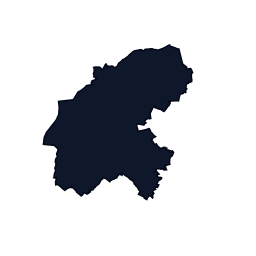 outline of Nnewi South, Anambra, Nigeria, rotated 136°
{"feature_id": "59680162B31350853830247", "entity_name": "Nnewi South", "entity_type": "district", "adm_level": 2, "iso_a3": "NGA", "parent_name": "Nigeria", "parent_adm1": "Anambra", "projection": "orthographic", "projection_center": [6.97, 5.966], "detail": "fine", "context": "isolated", "style": "filled", "palette": "ink", "viewbox_px": 256, "rotation_deg": 136, "n_neighbors": 0, "source": "geoboundaries", "source_scale": "gbopen_adm2", "svg_char_len": 5877}
<svg xmlns="http://www.w3.org/2000/svg" viewBox="0 0 256 256"><g transform="rotate(136 128 128)"><path d="M112.1,78.9L112.1,79.7L111.9,80.6L114.8,81.4L114.7,81.6L114.2,81.9L113.3,82.2L113.9,83.0L114.1,83.9L115.6,85.7L114.1,86.5L114.7,87.1L115.1,88.3L114.9,88.4L115.9,89.4L117.9,90.1L118.3,90.3L118.7,90.9L119.0,91.1L118.9,91.5L119.0,92.1L119.0,93.1L119.6,93.1L119.5,93.6L119.3,94.2L118.6,96.9L120.2,97.5L120.0,99.2L119.6,100.4L119.5,101.1L119.7,101.6L119.8,102.6L119.7,102.8L119.2,102.5L118.7,102.9L118.2,103.0L117.4,103.6L115.1,102.8L114.5,102.7L114.1,102.7L114.5,104.1L114.5,105.4L114.5,106.3L114.3,107.5L114.5,108.6L114.5,109.3L114.2,109.6L113.6,111.0L113.2,112.6L113.4,113.1L116.1,114.3L118.0,115.4L122.1,118.0L122.8,118.7L120.5,123.1L119.4,124.7L118.3,124.1L117.2,122.9L114.5,119.1L113.4,119.4L111.5,119.2L111.7,120.1L111.6,120.6L111.2,121.3L111.0,121.2L110.7,121.4L109.5,121.5L108.4,121.4L107.4,121.0L107.0,121.0L106.5,120.5L106.4,120.2L106.3,119.8L106.0,119.8L105.8,119.7L105.6,119.3L105.0,119.0L103.3,121.4L102.4,122.5L102.2,123.0L100.7,123.6L94.9,125.7L94.7,125.5L94.0,125.4L93.7,125.1L93.7,124.7L94.4,124.3L94.5,123.9L93.7,122.6L93.1,121.0L91.4,118.3L91.1,116.1L90.5,114.8L87.5,115.1L87.0,115.4L86.4,115.5L85.5,115.5L85.3,115.6L84.6,116.1L83.5,115.6L81.2,116.3L80.2,116.7L80.7,118.9L78.8,117.6L78.0,117.3L75.6,115.1L74.9,114.7L73.4,113.1L72.8,112.4L69.2,114.8L66.4,116.4L66.0,115.5L65.3,114.9L64.2,115.1L64.0,114.6L63.4,114.9L63.2,114.8L62.4,114.9L62.3,114.3L62.3,114.0L62.2,113.7L61.8,113.4L59.5,115.6L59.1,115.2L58.8,115.2L58.4,115.5L58.8,116.2L55.6,119.2L55.5,118.8L54.8,119.0L54.8,118.8L54.3,118.7L54.1,118.6L53.9,118.3L53.5,118.2L53.3,118.2L52.9,118.5L53.0,118.7L52.8,118.9L51.9,119.1L51.5,119.2L51.7,117.9L51.0,117.5L49.9,117.2L48.6,118.3L47.4,120.2L44.7,123.0L43.1,122.9L42.7,124.0L42.1,125.2L41.7,126.5L41.7,127.3L43.0,128.4L44.0,128.9L45.2,129.9L43.5,130.9L44.2,136.2L36.5,149.5L37.7,150.8L38.0,151.8L38.2,152.5L41.0,157.9L40.3,158.6L40.9,159.2L45.1,160.2L48.3,161.3L52.4,163.2L53.5,165.0L55.0,166.7L55.5,168.2L61.0,172.7L63.1,172.5L64.2,175.4L69.8,179.0L71.6,179.4L75.9,179.7L78.0,179.5L80.8,179.9L83.1,180.2L84.3,180.9L85.0,180.7L87.6,180.7L89.1,181.1L89.9,181.0L92.9,179.9L95.3,180.4L95.7,180.8L96.2,183.4L97.0,184.3L98.1,184.5L98.8,185.8L99.3,186.2L100.0,186.2L99.5,188.6L99.3,189.3L100.5,189.3L104.1,188.1L105.8,187.9L106.2,188.8L105.9,189.9L106.3,191.7L108.9,194.3L109.9,195.0L110.6,195.4L110.7,194.8L113.2,192.0L115.3,191.0L115.4,190.1L116.0,189.5L116.5,188.7L117.1,188.6L116.2,186.8L116.1,185.9L116.3,185.5L117.2,185.8L118.0,185.8L118.5,185.7L119.2,185.8L119.8,186.3L120.4,186.7L121.4,186.8L123.2,186.0L123.6,184.2L128.5,187.4L130.5,187.1L136.2,187.7L138.9,188.6L147.7,186.3L159.5,195.4L162.3,191.7L163.7,190.1L165.3,188.7L168.4,185.9L174.1,183.6L179.3,182.8L182.3,182.5L185.3,182.0L189.6,181.5L194.8,179.4L197.5,177.2L200.2,175.0L193.1,166.7L192.9,161.1L193.7,160.8L195.1,160.0L197.3,159.0L197.7,158.5L198.1,157.8L198.3,156.9L198.7,156.4L199.2,156.3L200.6,156.2L201.9,155.7L202.7,155.0L203.8,154.2L204.3,152.8L205.7,151.3L206.3,150.9L207.0,150.7L207.4,150.5L208.1,150.2L208.7,149.7L208.9,148.7L209.6,147.8L210.1,147.4L210.7,147.0L211.5,146.8L212.1,146.5L212.5,146.2L213.6,145.6L214.5,144.7L215.0,144.3L215.9,143.9L215.4,143.3L215.3,143.1L215.4,142.9L215.0,142.2L214.6,141.6L215.0,141.1L215.7,140.6L217.0,140.0L217.9,139.2L218.5,138.6L218.5,138.2L219.3,137.6L219.5,137.2L218.7,137.0L218.1,136.7L218.1,136.3L217.8,135.8L217.4,133.7L217.3,131.8L217.1,130.3L217.1,129.4L216.9,127.7L216.7,126.9L215.8,127.0L213.7,126.6L212.0,126.0L211.2,125.6L210.5,125.0L209.7,124.0L209.3,124.5L209.1,121.7L209.1,119.7L209.2,118.1L209.4,117.6L209.5,117.5L209.3,115.4L208.9,112.8L208.9,111.7L207.2,111.4L206.3,111.7L205.3,111.8L204.5,112.2L203.6,109.5L203.4,109.1L202.9,108.6L202.6,108.7L202.6,108.9L202.2,109.0L201.6,108.4L201.1,108.9L200.0,108.3L199.3,108.2L199.2,108.6L199.3,109.5L197.6,108.9L196.7,108.3L196.4,108.2L196.3,107.9L195.6,107.9L194.5,108.3L194.0,109.1L193.3,108.2L193.0,108.2L191.6,108.4L191.4,108.3L190.5,108.4L189.6,108.2L188.8,108.2L188.4,108.0L187.0,108.1L186.1,108.5L185.2,108.7L184.0,109.3L182.1,109.0L181.2,109.2L180.5,109.1L180.3,109.3L179.2,107.5L178.4,102.0L177.1,102.3L175.9,101.9L175.2,101.9L174.6,101.5L173.7,101.0L173.0,100.9L172.7,100.8L171.4,100.3L170.4,100.0L169.4,100.7L168.4,101.0L168.1,100.6L167.8,100.9L167.6,101.2L167.4,101.3L166.6,100.6L166.1,100.0L165.3,98.8L165.1,98.2L164.3,98.9L163.8,99.5L163.2,97.8L163.1,95.7L162.6,94.6L162.4,93.3L161.6,91.2L162.3,90.8L161.9,88.8L161.3,86.7L161.4,85.5L161.6,85.4L161.6,85.0L161.5,84.8L161.5,84.6L161.8,83.4L162.4,83.5L162.2,82.6L162.0,81.6L162.2,81.2L162.6,81.1L162.5,80.7L162.6,80.0L162.4,79.6L162.3,79.0L162.6,78.2L162.8,77.4L163.2,76.6L163.4,75.4L162.7,73.4L163.5,73.6L164.6,73.7L166.6,73.0L165.7,71.2L165.1,68.8L164.4,67.7L164.4,67.2L164.7,66.9L164.9,66.7L165.0,66.1L164.2,63.5L162.4,64.4L161.2,64.3L159.4,64.7L159.4,64.1L158.9,62.5L159.0,60.6L158.7,60.6L158.4,60.7L157.6,62.1L156.3,62.6L156.1,63.5L154.8,63.1L154.6,64.1L154.6,64.6L154.8,65.0L154.5,65.3L153.9,65.4L153.2,65.3L152.2,65.4L151.6,65.0L151.1,64.8L151.3,65.5L150.1,65.9L149.9,66.0L149.4,66.2L148.7,65.5L148.0,64.8L147.7,65.0L146.9,65.2L145.9,65.5L145.4,65.8L145.6,66.0L146.0,67.2L146.0,68.1L145.1,68.2L144.0,68.6L142.9,68.8L141.5,68.7L140.2,68.3L139.8,68.3L138.8,68.4L138.4,68.9L138.6,69.4L139.5,70.6L140.2,70.9L140.4,71.2L140.5,71.7L140.5,72.2L140.3,72.8L140.5,73.5L140.1,73.7L139.7,73.7L139.0,74.0L138.8,74.0L138.0,73.3L137.7,73.2L137.6,78.2L135.4,78.4L134.8,78.6L134.4,77.5L133.4,76.6L133.4,76.3L133.0,75.5L132.8,75.4L132.6,75.6L131.9,75.0L131.9,74.8L131.5,74.5L131.5,74.3L130.8,73.4L131.3,72.9L130.9,72.6L130.5,72.2L129.3,71.2L129.0,72.2L128.5,72.8L127.6,75.2L123.1,72.8L121.8,74.8L120.4,75.7L119.1,77.0L118.3,77.4L117.3,77.5L115.9,77.3L114.4,77.7L112.1,78.9Z" fill="#0f172a" stroke="#020617" stroke-width="1.5"/></g></svg>